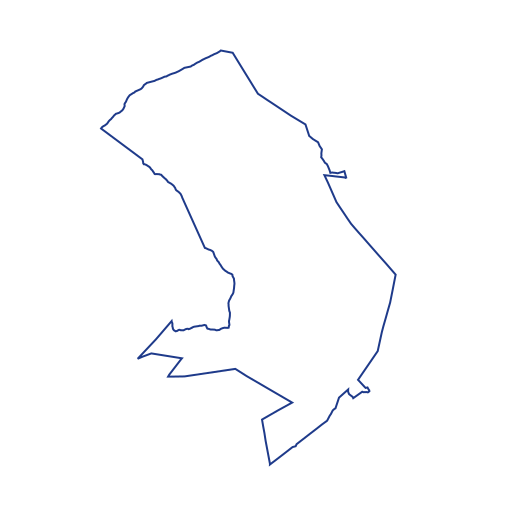 Tapalapa, Chiapas, Mexico (orthographic projection), rotated 352°
{"feature_id": "50627088B95959525466025", "entity_name": "Tapalapa", "entity_type": "district", "adm_level": 2, "iso_a3": "MEX", "parent_name": "Mexico", "parent_adm1": "Chiapas", "projection": "orthographic", "projection_center": [-93.122, 17.217], "detail": "fine", "context": "isolated", "style": "outline", "palette": "blue", "viewbox_px": 512, "rotation_deg": 352, "n_neighbors": 0, "source": "geoboundaries", "source_scale": "gbopen_adm2", "svg_char_len": 5542}
<svg xmlns="http://www.w3.org/2000/svg" viewBox="0 0 512 512"><g transform="rotate(352 256 256)"><path d="M240.8,464.4L256.4,455.6L265.6,450.3L268.8,449.9L270.0,448.0L284.3,439.8L291.2,435.9L297.9,432.0L303.5,429.0L306.8,424.4L308.2,422.9L310.5,419.6L312.3,418.4L313.5,417.9L318.5,407.8L328.7,401.0L328.3,403.0L328.7,404.9L329.0,405.8L332.2,409.1L332.5,410.3L342.3,405.2L343.4,405.8L346.9,406.2L347.7,406.6L348.2,406.5L349.5,405.6L349.4,404.7L349.2,404.6L348.1,401.7L346.2,401.9L345.5,401.0L339.8,392.8L353.8,377.5L363.3,367.1L365.3,361.7L366.7,357.9L368.8,352.2L370.1,348.7L372.5,343.0L376.2,334.7L378.6,329.2L382.3,320.9L384.4,314.9L386.5,308.9L389.6,299.9L391.7,293.9L386.9,286.5L383.8,281.7L380.4,276.6L377.2,271.8L374.0,266.9L370.7,261.9L367.5,257.0L364.5,252.4L361.0,247.2L357.8,242.3L354.6,237.3L351.7,231.5L349.6,227.1L345.8,219.3L343.2,213.9L339.7,201.4L337.4,193.2L335.0,185.5L341.5,187.1L346.0,188.3L349.9,189.3L354.9,190.6L355.5,191.1L356.2,190.9L355.3,184.3L352.6,184.8L351.1,185.0L349.9,185.2L348.9,185.4L348.1,185.4L347.1,185.0L345.7,184.6L344.3,184.3L343.0,183.9L341.2,184.0L340.8,181.3L339.7,177.0L338.9,174.8L337.2,173.2L336.4,171.2L335.4,169.2L334.3,167.3L334.8,165.6L335.0,163.4L336.1,159.5L334.3,155.9L333.3,152.0L328.7,148.2L325.4,144.5L323.3,132.6L318.0,128.3L310.0,121.8L303.6,116.1L292.0,105.8L288.9,103.1L284.7,99.3L280.5,95.6L277.1,87.9L274.8,82.6L270.8,73.5L265.6,61.6L261.2,51.5L249.7,47.6L248.7,48.3L247.2,48.9L245.9,49.5L244.1,50.0L243.0,50.2L241.9,50.6L240.6,51.1L239.0,51.5L237.7,52.1L236.4,52.5L235.2,52.8L233.9,53.1L232.0,53.7L231.3,54.0L230.6,54.1L230.1,54.4L229.6,54.5L228.7,55.0L228.2,55.1L227.3,55.6L226.3,55.9L224.7,56.3L222.4,57.3L220.9,58.1L219.4,58.4L217.7,59.3L211.3,59.7L209.3,60.6L207.6,61.3L205.1,62.3L203.3,62.8L202.1,63.2L200.5,63.5L198.4,63.8L196.7,64.2L195.4,64.5L194.6,64.9L193.5,65.1L192.4,65.7L190.4,65.7L188.5,66.3L187.1,66.7L185.9,67.0L184.6,67.2L184.0,67.4L183.0,67.6L182.0,67.7L180.9,68.1L179.8,68.5L178.7,68.6L176.9,68.8L171.9,69.4L171.4,69.8L170.6,70.2L169.8,70.6L169.4,70.9L168.9,71.1L168.5,71.5L168.2,72.0L167.8,72.6L167.3,73.0L166.8,73.5L166.2,74.0L165.8,74.3L165.2,74.6L164.4,74.9L163.7,75.1L162.6,75.4L161.3,75.8L160.7,75.9L160.0,76.2L159.5,76.2L158.4,77.1L157.6,77.4L156.8,77.6L156.0,78.0L154.7,78.6L153.3,79.2L152.2,80.3L151.3,81.2L150.0,82.9L148.7,85.1L147.6,86.3L146.9,87.3L146.8,89.3L145.9,90.7L145.1,91.9L143.8,93.2L141.9,94.3L141.2,94.8L140.6,95.0L139.9,95.3L138.8,95.4L137.9,95.6L137.0,95.7L136.1,96.4L135.1,97.0L133.8,98.3L132.9,99.0L132.2,99.6L131.5,100.3L130.4,100.9L129.5,101.6L128.7,102.3L127.8,103.4L126.6,104.5L124.9,105.4L124.3,105.8L123.5,106.0L122.9,106.2L121.9,106.8L121.3,107.1L120.3,108.2L157.0,144.5L157.3,147.3L157.2,148.4L157.3,148.7L157.7,149.5L157.8,149.5L158.5,149.6L158.9,149.9L159.2,150.1L159.7,150.3L160.0,150.5L160.4,150.8L161.1,151.5L161.4,151.7L161.9,152.2L162.0,152.3L162.6,152.7L162.6,152.8L163.1,153.3L163.4,153.7L163.5,153.8L163.5,154.0L164.0,155.0L164.4,155.7L165.1,156.5L165.7,157.6L165.7,157.9L165.9,158.2L166.1,158.4L166.4,159.2L166.6,159.5L166.8,160.1L167.0,160.6L167.2,160.8L168.2,161.0L168.9,161.0L171.8,161.6L172.1,161.9L173.5,162.4L174.3,163.8L174.6,164.0L174.8,164.5L175.3,164.9L176.4,166.4L176.9,166.8L177.3,167.2L177.9,168.2L178.6,169.0L178.8,169.8L179.1,170.3L179.6,170.8L180.5,171.4L181.2,172.0L181.8,172.4L183.3,173.9L183.5,174.2L184.1,174.8L184.5,175.5L184.9,176.4L185.4,177.3L185.7,178.7L186.0,179.5L186.4,180.0L188.3,181.8L189.9,183.9L190.7,186.1L191.3,188.8L191.4,189.0L191.8,190.3L192.0,191.1L206.5,240.9L206.6,241.0L207.3,241.2L210.0,243.0L211.4,243.6L212.9,244.6L213.3,245.0L214.2,246.0L214.6,248.0L215.0,250.0L215.2,250.9L215.7,252.0L216.6,253.6L216.8,254.7L217.2,255.5L218.3,257.0L218.7,258.3L219.7,260.1L220.3,261.6L221.5,264.0L222.3,264.9L222.9,265.7L223.6,266.4L223.8,266.7L224.5,267.1L225.2,267.8L225.4,268.1L225.9,268.5L227.6,269.5L227.9,269.7L228.1,269.8L229.1,270.3L230.0,271.2L230.0,272.8L231.0,275.3L230.9,277.2L230.9,278.1L230.9,279.0L230.8,280.6L230.5,281.6L229.9,284.2L229.9,284.3L229.6,285.4L229.2,286.7L228.5,289.1L227.7,290.4L227.2,290.9L226.6,291.7L226.1,292.1L224.8,294.2L224.4,294.8L223.2,296.3L222.5,297.9L222.1,299.0L222.1,300.2L221.9,301.5L221.9,306.7L222.0,306.9L222.3,308.6L221.8,311.6L221.5,312.8L220.7,315.3L220.2,316.7L220.1,317.7L220.1,317.8L220.1,318.5L220.1,320.6L219.5,321.3L219.4,321.8L218.9,323.2L217.7,323.2L216.9,323.0L216.2,322.9L214.8,322.6L213.9,322.7L212.9,322.8L210.9,323.3L209.5,324.1L207.0,324.1L206.3,324.0L204.9,323.2L203.8,323.0L202.3,322.7L200.9,322.5L200.4,322.3L199.6,321.9L198.6,321.4L197.8,321.2L197.6,320.8L197.5,320.5L197.1,319.2L197.0,318.3L196.6,317.6L196.3,317.6L195.3,317.1L193.9,317.3L193.1,317.4L192.3,317.5L190.2,317.2L189.6,317.4L188.5,317.4L187.6,317.4L185.9,317.4L185.7,317.4L185.4,317.4L184.9,317.4L183.2,317.8L182.2,318.2L182.2,318.3L181.4,318.5L180.3,318.9L179.1,319.1L178.5,318.6L177.6,318.5L176.8,318.6L176.1,318.7L175.0,319.1L173.9,319.5L173.6,319.4L172.6,319.3L172.4,319.3L171.7,319.1L170.9,319.0L170.4,318.6L169.7,318.4L169.2,318.5L168.7,318.6L167.9,319.1L167.5,319.2L166.0,319.4L165.7,319.1L164.9,318.6L164.2,317.8L163.8,316.9L163.6,316.5L163.6,315.2L163.4,313.8L163.6,312.9L163.8,311.3L163.7,310.4L163.4,309.7L163.4,308.7L145.3,324.6L124.5,341.3L129.7,339.9L138.8,337.9L168.4,347.0L167.5,347.8L153.6,361.4L152.2,363.2L154.5,363.5L154.9,363.6L168.5,365.3L219.8,364.9L230.0,373.6L271.4,406.2L261.4,410.0L255.9,412.1L239.2,418.8L239.4,425.6L239.7,432.6L239.8,440.5L240.9,463.9L240.8,464.4Z" fill="none" stroke="#1e3a8a" stroke-width="2"/></g></svg>